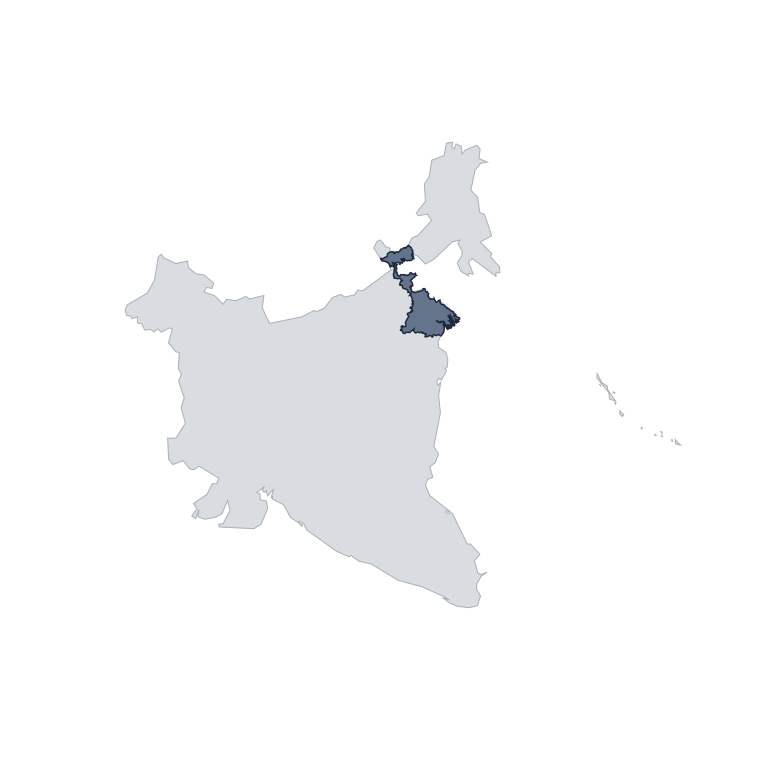 where West Bengal sits in India, rotated 317°
{"feature_id": "IND-3257", "entity_name": "West Bengal", "entity_type": "State", "adm_level": 1, "iso_a3": "IND", "parent_name": "India", "parent_adm1": "", "projection": "mercator", "projection_center": [88.164, 24.386], "detail": "fine", "context": "in_parent", "style": "filled", "palette": "slate", "viewbox_px": 768, "rotation_deg": 317, "n_neighbors": 0, "source": "natural_earth", "source_scale": "10m", "svg_char_len": 9836}
<svg xmlns="http://www.w3.org/2000/svg" viewBox="0 0 768 768"><g transform="rotate(317 384 384)"><path d="M153.4,349.4L162.2,347.5L163.1,341.5L179.3,344.0L190.2,339.8L193.7,342.8L198.9,340.0L192.7,317.9L186.6,317.2L184.0,313.6L184.8,303.1L174.6,298.9L175.1,292.2L188.8,276.1L195.0,281.7L212.0,277.2L219.4,263.0L228.3,258.0L235.9,241.6L242.6,238.7L244.1,232.4L255.7,221.4L253.8,218.6L254.4,206.9L266.6,199.5L265.2,196.5L256.5,194.2L256.1,189.3L251.3,189.1L250.5,184.9L245.7,181.2L248.0,175.1L245.3,171.1L249.6,166.8L244.1,164.3L245.2,161.3L242.4,158.5L245.0,153.3L250.4,151.1L272.7,156.1L286.7,151.7L305.7,137.0L309.6,137.3L309.1,141.7L314.1,154.2L324.2,160.0L320.4,165.5L321.6,175.3L326.8,181.5L328.2,194.1L323.4,196.8L320.0,192.3L315.1,193.8L320.5,204.3L320.7,216.0L326.4,214.6L332.5,222.1L342.9,225.9L343.5,230.0L356.5,237.4L346.9,245.3L341.6,261.6L369.8,278.9L382.8,282.4L383.7,285.1L392.5,287.8L405.2,285.6L413.4,289.0L414.6,293.6L423.4,298.8L428.6,297.2L432.1,301.4L466.9,305.3L469.6,299.2L466.8,292.0L469.2,277.4L476.1,274.9L479.7,276.4L478.8,285.1L481.1,288.7L478.7,291.2L485.2,297.6L494.9,299.6L504.1,296.3L510.3,298.4L530.2,296.9L531.6,289.2L523.8,284.4L524.4,280.8L538.9,278.7L550.0,265.2L558.1,263.4L571.7,252.9L583.8,257.9L594.0,250.4L599.1,254.0L595.4,257.0L595.7,259.9L600.4,257.6L602.7,262.8L597.9,269.1L603.0,268.3L614.4,272.6L614.6,277.6L607.3,283.9L610.9,292.3L605.1,288.5L596.5,289.7L579.7,301.5L579.8,311.3L571.0,323.9L573.1,328.7L563.9,349.0L551.2,345.8L551.8,361.9L548.6,363.6L548.4,377.3L544.6,381.5L541.6,379.0L539.3,381.6L534.1,352.4L529.1,352.3L524.2,364.5L521.3,360.7L519.4,362.4L517.0,354.1L520.2,345.3L528.3,343.5L531.9,339.8L533.9,331.6L537.6,330.5L531.0,326.6L505.6,326.8L496.0,324.4L495.8,313.0L493.4,308.3L491.5,311.9L488.7,311.9L483.1,304.8L480.1,307.6L472.9,302.1L474.0,305.5L468.3,314.0L482.0,325.0L474.2,326.2L467.4,336.0L478.4,342.1L476.0,352.5L478.5,359.8L481.7,360.9L483.6,387.2L480.6,385.6L478.8,388.3L477.1,379.2L476.2,387.1L471.5,385.4L468.9,387.5L470.1,378.9L466.1,374.9L469.5,379.2L466.2,384.2L452.8,389.8L449.0,394.2L450.8,403.3L447.2,409.9L441.3,415.0L439.3,414.2L438.8,416.9L428.7,420.3L427.5,417.0L423.5,419.2L422.4,421.9L426.6,421.4L416.0,429.8L405.4,443.7L377.8,463.6L376.2,472.4L368.4,476.2L360.9,476.1L356.0,485.6L350.7,483.4L345.2,486.4L341.4,496.8L345.4,522.8L343.0,519.0L341.5,520.8L345.9,524.8L335.7,557.9L338.1,559.8L338.0,573.9L329.7,574.9L323.8,586.0L325.0,589.7L331.2,592.0L324.4,590.8L315.6,593.4L311.9,596.8L309.9,604.9L301.3,609.8L294.1,606.0L286.0,596.6L282.4,587.8L281.1,580.2L284.5,586.5L282.8,580.3L272.9,557.1L260.6,537.7L251.7,506.3L244.9,496.8L243.0,487.2L240.6,486.4L235.2,474.1L227.9,437.9L229.9,431.6L229.4,429.3L227.2,432.3L226.7,430.6L226.9,426.9L229.6,427.3L226.5,425.8L224.6,418.0L228.2,403.8L223.9,391.9L225.7,390.3L223.7,390.4L231.6,385.5L222.6,386.4L225.1,381.7L222.3,381.7L222.8,378.5L226.8,377.3L216.9,376.7L218.4,379.7L214.6,384.3L218.1,389.2L214.3,395.6L198.6,402.7L190.1,401.0L166.1,376.3L167.4,373.8L171.0,376.4L185.2,371.5L190.2,362.6L177.1,368.3L170.3,366.7L160.9,360.9L157.4,354.3L163.1,349.5L154.5,353.9L153.4,349.4ZM541.7,554.3L538.7,548.9L542.7,543.2L543.8,524.8L547.0,521.8L544.3,531.6L545.9,538.1L543.9,539.8L541.7,554.3ZM559.1,623.2L559.2,631.0L556.5,626.8L559.1,623.2ZM538.2,570.1L536.1,570.3L535.8,567.0L538.3,564.6L538.2,570.1ZM552.0,610.8L551.8,613.0L551.3,611.0L552.0,610.8ZM554.5,607.7L553.6,610.7L553.9,607.5L554.5,607.7ZM557.0,620.5L556.1,622.8L555.5,621.9L557.0,620.5ZM543.0,592.3L541.6,592.4L542.3,591.2L543.0,592.3ZM541.2,555.5L539.7,556.7L540.4,554.8L541.2,555.5ZM546.3,546.2L547.0,548.5L545.3,546.8L546.3,546.2ZM548.3,607.1L547.1,606.7L547.6,605.5L548.3,607.1ZM541.8,531.5L541.1,533.9L541.5,531.3L541.8,531.5Z" fill="#d9dde1" stroke="#a8b0b8" stroke-width="1"/><path d="M477.5,291.3L480.1,292.6L480.4,293.5L480.5,295.3L481.3,294.7L481.7,295.8L483.2,295.9L483.8,296.5L484.3,297.5L486.2,297.7L487.1,297.1L488.2,296.9L489.8,297.9L490.8,297.8L492.1,298.2L492.5,298.5L492.3,299.3L492.5,299.4L493.6,299.2L495.7,299.7L496.0,299.1L496.4,299.3L496.9,302.6L496.4,303.7L496.1,305.3L495.7,305.7L495.9,306.2L495.2,306.6L494.8,307.4L494.4,307.6L494.4,308.3L493.2,308.7L493.1,308.1L492.5,308.2L492.5,309.1L491.9,309.2L491.8,309.7L492.4,309.9L491.8,310.5L492.5,310.7L491.7,311.6L491.5,312.6L491.2,312.8L490.5,312.0L489.3,312.1L489.0,311.7L488.4,312.1L487.8,311.9L486.6,311.0L486.2,310.3L484.9,309.7L483.9,307.0L483.9,306.5L484.3,306.6L484.4,306.2L483.7,305.9L483.6,305.4L482.0,304.3L481.4,304.6L481.1,305.5L482.3,306.2L482.5,306.9L482.9,306.8L482.9,307.2L483.4,307.3L483.4,307.7L483.1,307.9L482.4,308.1L480.8,307.1L480.0,308.0L479.4,307.1L478.8,306.9L477.5,307.4L477.2,307.2L478.3,306.2L477.3,305.1L477.4,304.7L476.7,304.4L476.3,303.9L475.3,303.6L474.3,302.7L473.5,302.4L473.1,301.0L472.6,301.8L472.0,303.8L472.3,304.1L472.6,303.5L474.3,304.0L474.9,305.8L473.8,305.6L472.3,307.1L472.2,308.2L470.5,308.8L469.6,309.5L469.2,310.5L469.5,310.9L469.4,311.5L469.0,311.8L468.2,313.6L468.4,315.0L469.0,316.0L470.6,315.5L471.1,315.7L473.6,318.1L473.7,319.2L474.5,319.7L475.4,320.8L476.4,320.9L477.5,321.4L478.2,320.9L478.7,320.9L478.7,320.6L479.2,320.8L479.9,321.5L479.6,322.6L480.3,323.7L481.3,324.2L482.5,324.4L482.4,324.9L481.7,325.5L481.7,326.2L481.4,326.2L481.6,326.6L479.9,326.1L479.4,326.7L477.0,326.2L476.5,326.2L475.8,326.6L474.5,326.1L474.0,326.2L473.7,328.6L472.9,330.5L472.1,331.7L470.8,331.6L470.7,331.0L470.2,330.5L468.8,331.0L469.2,332.2L468.4,333.1L468.2,333.7L467.8,333.8L467.3,335.7L467.9,335.9L468.3,336.5L468.4,337.6L468.7,338.2L473.3,340.5L474.5,341.4L477.0,341.8L477.4,341.0L478.3,341.4L478.7,341.9L478.8,343.2L477.7,344.2L477.7,345.5L478.1,346.2L478.5,346.2L478.1,347.0L478.3,348.2L477.3,349.2L476.1,349.4L476.1,350.0L475.7,350.8L475.9,351.4L475.6,353.2L476.0,353.3L476.0,354.0L476.6,354.0L478.4,356.1L479.0,355.6L477.8,359.1L478.0,359.8L479.3,360.3L480.0,360.1L482.2,360.7L480.5,362.9L480.3,364.6L481.1,366.2L481.9,366.8L481.8,367.9L481.4,368.6L482.1,371.3L481.7,371.9L482.4,372.2L482.9,374.0L482.6,374.5L482.8,375.6L483.2,376.2L483.0,376.4L483.8,377.7L484.0,378.7L483.8,379.0L483.5,378.9L483.4,379.8L483.7,380.7L483.8,382.3L483.0,382.5L483.0,382.9L481.9,382.3L481.7,381.5L481.3,381.8L481.6,382.5L482.7,383.2L483.1,383.8L483.3,385.2L484.2,386.8L484.2,387.5L483.8,387.9L483.3,387.5L483.1,388.0L482.8,388.0L481.2,387.2L480.6,385.2L480.3,386.3L480.6,387.5L480.3,387.7L479.7,387.7L479.6,387.4L479.9,387.1L479.8,386.5L479.3,387.3L479.5,388.6L478.5,388.8L478.2,388.4L478.4,387.9L477.8,386.4L478.1,384.5L478.0,384.0L478.4,381.8L479.1,381.0L478.2,380.0L479.1,379.0L478.5,379.2L478.0,379.9L478.1,380.4L478.6,380.6L477.9,382.2L477.0,382.2L476.9,381.8L477.3,381.0L477.1,379.4L477.8,378.1L477.8,377.8L477.4,377.8L476.8,379.4L476.9,380.4L476.5,381.2L476.5,382.5L476.0,383.8L475.9,385.2L476.9,385.0L477.0,385.5L476.7,386.4L476.4,386.3L476.5,387.4L476.4,387.9L476.1,387.7L476.0,388.8L475.5,388.5L475.4,388.9L475.6,389.2L475.1,389.4L474.7,388.8L475.4,387.1L475.0,385.7L475.4,384.7L475.4,384.3L474.8,383.4L475.1,382.3L474.8,382.1L474.9,382.4L474.5,383.1L474.8,384.6L474.5,384.7L474.2,385.7L474.5,387.0L474.2,387.7L473.2,388.1L473.1,386.9L473.2,386.4L472.6,386.6L472.2,386.0L472.1,386.3L472.5,387.2L472.3,387.8L471.9,387.9L471.7,385.3L471.1,384.7L471.7,386.8L471.5,387.9L471.8,388.6L471.0,388.8L470.8,388.0L470.5,387.9L470.3,388.0L469.9,387.0L470.3,384.9L469.4,383.2L469.3,382.0L470.5,379.9L470.1,378.4L468.3,377.6L468.2,377.2L467.7,377.4L467.1,377.2L466.6,376.4L466.1,374.2L465.5,374.0L466.5,377.1L467.1,377.8L469.1,378.2L469.5,378.6L469.7,379.3L469.6,379.7L468.8,380.7L467.7,381.0L467.8,381.5L466.7,383.7L465.4,384.8L464.9,385.5L462.3,387.1L461.0,387.2L458.7,387.8L458.0,386.6L457.9,385.1L455.2,384.3L454.2,382.0L453.1,381.7L452.1,382.8L451.7,382.8L451.1,382.0L451.3,381.0L451.0,380.1L449.5,379.3L448.6,379.2L447.5,378.4L446.5,378.0L446.3,377.4L446.9,377.1L447.4,377.2L447.6,376.4L448.9,376.1L448.1,375.3L447.9,374.2L446.7,373.2L446.7,372.6L447.4,372.5L447.1,371.7L446.5,371.2L445.0,370.9L444.7,369.6L443.7,368.8L442.5,368.5L441.7,367.8L441.9,365.3L442.4,364.8L443.4,364.3L439.5,363.8L438.2,364.0L435.4,361.3L434.5,361.0L433.6,361.3L432.7,359.7L433.5,358.0L433.7,357.0L432.9,356.7L432.6,356.1L433.0,355.7L435.5,355.3L435.6,355.0L435.4,354.1L436.0,353.7L437.4,354.2L437.4,355.7L439.0,356.5L439.7,356.3L440.7,355.4L440.9,354.4L441.9,353.5L445.6,352.1L448.0,351.7L448.4,350.8L448.3,349.7L449.3,348.4L451.4,349.3L452.5,350.1L453.8,350.2L453.4,349.1L454.4,349.2L454.9,349.6L455.2,348.5L455.7,348.2L455.7,347.7L454.8,346.4L454.9,346.2L456.1,345.9L456.5,346.9L457.5,346.5L458.4,346.6L459.0,345.9L458.9,344.6L459.4,344.5L460.1,345.0L460.6,343.8L461.7,343.7L461.5,343.1L461.1,343.0L461.1,342.4L462.8,341.1L463.8,338.2L463.7,337.0L463.1,336.6L463.6,336.5L464.6,336.9L465.2,336.5L465.4,336.1L464.9,335.9L465.3,335.4L465.0,334.3L464.0,333.3L464.2,333.1L464.7,333.2L465.1,331.4L465.1,330.6L464.5,328.8L463.5,327.8L463.3,326.8L463.6,325.8L464.5,324.5L463.8,323.1L463.4,323.1L463.0,322.5L463.3,321.9L466.3,320.2L467.1,320.8L468.1,320.9L467.7,320.0L467.9,318.8L467.7,317.7L465.6,316.1L464.9,314.8L463.9,314.1L463.7,313.4L464.1,313.1L464.5,311.6L466.5,309.6L467.3,309.4L469.6,307.1L471.2,306.2L471.7,306.1L471.8,305.8L471.6,305.4L471.0,305.0L471.4,304.3L470.1,303.2L470.2,302.4L468.9,302.7L468.4,302.5L469.6,299.6L469.7,298.6L469.4,296.8L468.5,295.1L466.5,292.5L466.8,290.5L467.1,289.9L468.1,290.6L468.6,291.8L470.7,291.9L472.7,292.8L473.7,292.6L475.2,291.2L477.5,291.3ZM467.8,386.3L468.9,383.7L469.3,383.5L469.6,385.3L469.6,386.3L469.1,386.6L469.2,387.6L467.8,387.4L467.8,386.3ZM476.3,384.2L477.3,382.5L477.6,382.8L477.2,384.9L476.4,384.6L476.3,384.2ZM480.3,387.8L481.4,388.6L481.4,389.3L480.3,389.2L480.3,387.8ZM468.3,383.8L468.2,382.9L468.5,382.3L468.9,382.2L469.1,382.6L469.0,383.2L468.3,383.8Z" fill="#64748b" stroke="#1e293b" stroke-width="1.5"/></g></svg>